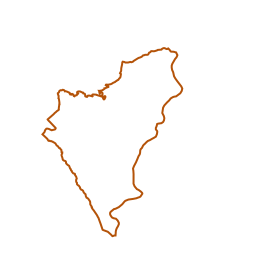 outline of Magura, Buzau, Romania, rotated 139°
{"feature_id": "2599482B29533090447185", "entity_name": "Magura", "entity_type": "district", "adm_level": 2, "iso_a3": "ROU", "parent_name": "Romania", "parent_adm1": "Buzau", "projection": "albers", "projection_center": [26.561, 45.264], "detail": "fine", "context": "isolated", "style": "outline", "palette": "amber", "viewbox_px": 256, "rotation_deg": 139, "n_neighbors": 0, "source": "geoboundaries", "source_scale": "gbopen_adm2", "svg_char_len": 5809}
<svg xmlns="http://www.w3.org/2000/svg" viewBox="0 0 256 256"><g transform="rotate(139 128 128)"><path d="M196.7,179.3L196.0,172.6L196.2,172.2L196.4,170.6L196.1,170.1L195.5,169.9L195.3,169.1L194.4,168.3L194.3,167.8L193.8,167.1L193.8,166.6L193.5,166.0L193.2,165.1L192.9,164.0L193.2,162.2L193.3,161.6L192.9,160.3L193.1,158.3L193.1,158.1L192.7,157.6L192.6,157.0L192.8,156.6L192.7,155.1L194.0,153.3L193.6,152.7L194.1,152.3L194.5,151.8L195.2,151.7L195.4,151.6L195.8,151.3L196.2,150.8L196.8,149.2L197.4,147.9L197.9,147.1L198.0,146.3L197.8,145.9L197.8,145.6L196.9,144.0L197.0,143.6L197.1,143.0L197.8,142.1L197.9,141.7L197.9,140.9L197.8,140.2L197.8,139.8L197.7,139.4L197.4,138.7L197.3,138.0L198.3,135.3L198.2,134.5L198.7,133.6L198.6,132.6L198.7,132.3L199.0,132.0L199.1,129.8L198.9,129.3L198.3,128.6L198.2,128.4L198.2,128.2L198.3,127.9L198.7,127.4L198.9,126.9L199.0,125.4L199.9,123.4L200.1,123.3L200.6,123.2L201.0,123.0L201.6,122.4L202.3,121.5L202.5,120.9L202.5,120.1L203.3,119.2L203.4,118.4L203.3,117.6L203.0,116.9L203.0,116.6L203.2,114.6L203.7,113.9L203.8,113.5L203.8,112.2L203.4,111.5L203.2,111.0L203.1,110.3L203.2,109.7L203.5,109.2L203.7,108.0L203.7,107.1L203.5,106.0L203.6,105.7L204.6,104.1L204.9,102.9L204.8,102.5L204.9,102.4L204.5,101.3L204.4,100.6L204.6,99.4L204.7,98.1L205.0,97.2L205.6,96.3L206.3,95.5L206.6,95.0L206.9,93.3L206.9,92.7L207.1,92.4L207.2,91.8L207.6,91.7L207.9,90.0L207.9,89.3L207.9,88.5L208.4,84.3L208.7,82.0L209.0,81.3L209.3,79.4L210.2,77.2L210.8,75.6L211.6,73.5L213.9,67.9L213.8,67.5L211.3,62.9L210.8,58.9L210.7,56.6L210.2,56.3L208.7,55.8L207.9,55.1L204.9,58.1L203.6,59.0L202.3,59.7L199.9,60.5L197.9,61.5L197.1,62.5L196.5,64.9L196.6,67.4L198.1,69.4L198.8,71.1L198.5,73.5L198.1,74.6L197.3,75.6L196.5,76.0L195.5,76.1L191.8,76.0L190.3,75.2L186.8,74.3L182.4,74.2L178.9,74.8L177.8,74.8L174.6,73.7L170.6,71.1L167.8,69.5L166.4,69.0L164.7,68.3L163.6,68.1L160.3,69.0L159.9,69.7L160.0,71.5L160.6,74.2L161.4,76.1L161.3,79.6L160.4,82.3L154.0,89.6L152.1,92.1L150.8,94.1L148.5,95.3L144.4,96.9L140.7,98.7L138.6,99.8L136.5,100.4L135.2,101.3L133.5,103.0L132.7,103.5L132.0,103.7L130.6,103.8L128.2,104.8L127.1,105.0L125.5,105.0L123.5,105.2L121.6,105.2L119.4,104.5L117.2,104.1L115.0,103.6L112.6,103.2L110.2,104.4L108.4,105.9L108.0,106.6L107.9,108.4L107.8,108.8L106.9,109.8L105.4,110.5L104.2,111.3L103.3,111.9L102.2,111.4L99.6,109.7L97.5,109.5L95.8,110.2L94.1,111.6L93.1,113.6L92.3,116.8L88.2,120.3L85.8,121.2L81.6,121.7L78.9,121.8L76.4,122.3L74.0,121.9L72.7,121.4L70.9,120.3L65.8,119.9L63.2,120.7L61.2,122.1L60.5,124.4L60.1,131.0L59.8,134.2L59.3,136.8L57.3,140.5L56.6,142.9L55.4,144.9L54.1,146.4L52.4,147.4L47.2,149.2L45.2,149.5L44.0,150.0L42.9,150.6L42.3,153.0L42.1,153.4L43.5,155.6L45.3,157.3L45.5,157.6L45.6,158.0L45.4,158.7L45.4,160.9L45.5,161.7L46.4,161.8L46.8,162.0L47.2,162.5L48.0,164.3L48.7,164.9L49.1,165.1L50.0,165.3L50.6,165.4L51.3,165.2L54.3,167.4L54.8,167.4L55.2,167.6L56.1,167.9L57.6,168.6L58.2,169.0L59.7,170.5L60.1,170.8L61.5,170.6L62.3,170.9L62.7,171.0L64.3,170.3L64.7,170.3L65.1,170.4L65.8,170.9L67.0,172.0L68.0,172.3L68.9,172.9L70.5,172.8L71.0,172.8L72.9,173.4L73.9,173.9L74.8,174.1L79.8,174.9L80.7,174.8L81.6,175.1L82.4,175.5L82.8,176.2L83.0,176.4L84.7,177.2L85.3,177.6L86.7,178.8L87.1,179.2L87.3,179.9L87.5,180.3L88.5,181.5L89.2,181.3L89.8,180.7L90.7,179.9L93.9,177.5L95.6,175.7L96.3,175.3L98.1,174.6L98.1,174.2L97.9,173.6L98.0,173.5L98.1,173.2L100.2,171.5L100.8,171.2L102.4,171.1L103.7,170.7L103.8,170.8L104.4,171.0L105.4,171.1L105.9,171.0L106.7,171.3L107.4,171.3L107.6,171.2L109.7,171.9L110.4,171.9L112.1,172.3L114.6,173.7L116.0,175.1L116.3,175.1L116.5,175.0L116.2,174.6L116.5,174.5L116.6,174.4L116.4,173.7L116.5,173.1L115.7,172.3L115.7,172.1L115.8,171.9L116.1,171.9L116.7,172.2L118.2,172.7L119.3,173.0L119.5,173.2L119.6,173.3L119.8,173.0L120.0,173.0L122.7,173.3L123.8,173.9L125.4,174.9L125.5,175.0L125.6,174.6L126.3,173.6L126.6,173.1L126.5,172.7L126.2,172.6L125.5,172.6L124.8,172.4L124.6,172.2L124.4,171.6L124.3,171.4L124.8,170.4L125.2,170.1L125.8,169.8L126.1,169.4L126.3,168.7L126.5,168.3L126.5,167.8L126.2,167.6L125.9,167.5L124.7,167.3L124.5,167.2L124.4,166.8L124.6,166.3L125.3,165.8L126.4,165.4L126.9,165.2L127.3,165.3L127.5,165.5L127.5,165.8L127.3,166.2L127.4,166.5L126.9,167.8L126.8,168.0L126.9,168.8L127.0,169.1L127.5,169.3L127.9,170.2L127.5,170.6L127.6,170.8L128.0,171.3L128.5,171.1L129.5,172.7L129.7,173.2L130.0,173.5L130.1,174.0L132.3,176.2L132.6,176.4L133.1,176.5L133.6,175.9L133.8,175.4L133.9,175.2L134.1,175.2L135.6,177.5L136.1,178.0L136.7,178.5L137.4,178.8L138.1,178.4L138.4,178.3L138.6,178.4L139.4,179.7L139.4,180.0L139.1,180.2L139.1,180.5L138.5,181.3L138.3,181.7L138.3,182.0L138.2,182.2L138.3,182.5L139.0,183.3L139.1,183.5L138.7,184.2L138.8,184.4L139.1,184.6L140.2,187.0L141.2,188.0L142.3,188.5L142.6,188.5L143.2,188.1L143.4,187.9L143.3,187.4L143.3,187.2L143.1,187.0L143.0,186.8L143.5,186.6L144.0,186.7L144.5,186.7L145.2,186.4L146.2,187.0L146.7,187.1L147.5,187.0L147.6,187.4L147.9,187.6L147.9,187.8L147.7,188.1L147.7,188.4L147.4,188.8L147.3,189.2L147.5,189.4L148.0,189.8L147.8,190.4L147.9,190.5L148.3,190.6L148.6,190.9L149.0,190.6L149.2,190.9L149.6,191.2L149.5,192.1L149.3,192.8L149.0,193.0L150.2,195.5L150.9,196.6L151.0,196.8L151.6,197.1L151.5,197.5L151.4,198.1L151.6,198.9L152.1,199.5L152.4,199.8L153.3,199.9L154.2,200.8L154.8,200.9L155.7,200.9L156.8,200.2L158.1,200.3L158.5,199.9L159.1,198.5L159.1,198.1L159.4,197.7L160.3,196.6L161.0,196.1L161.0,195.5L161.4,194.8L162.8,192.6L164.1,190.9L164.3,191.0L165.2,190.1L166.1,189.4L168.1,187.5L168.2,187.2L169.4,187.2L170.6,187.4L172.2,187.3L173.4,187.4L175.1,187.2L183.0,187.2L183.1,186.9L183.1,185.1L183.0,184.2L182.6,175.5L182.8,175.2L183.8,174.8L184.6,175.1L187.1,176.4L188.4,179.3L189.5,180.7L190.1,181.0L191.7,180.8L192.8,180.3L193.2,179.9L193.8,179.7L196.7,179.3Z" fill="none" stroke="#b45309" stroke-width="2"/></g></svg>